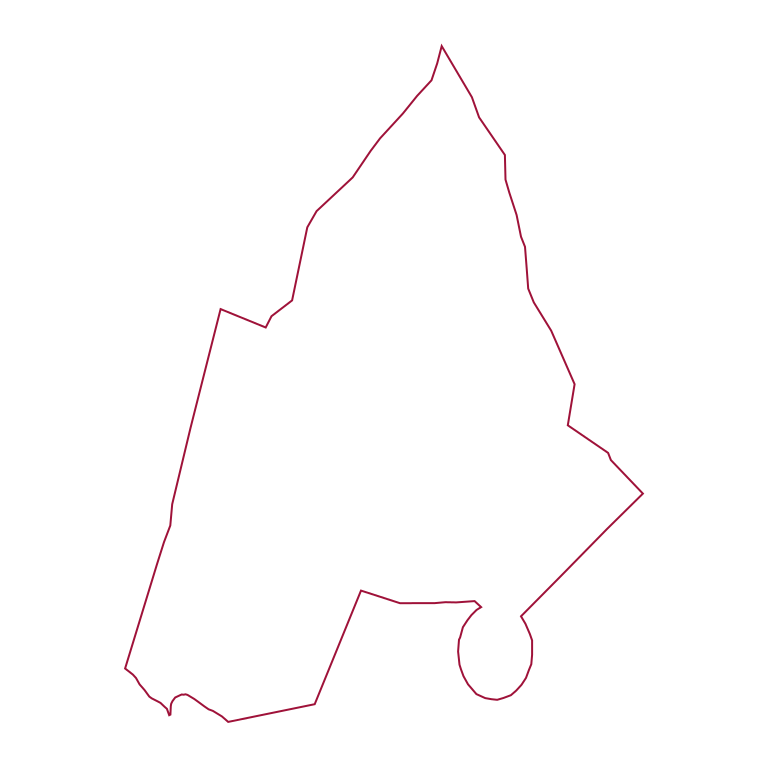 Selibabi, Guidimaka, Mauritania
{"feature_id": "47542326B53880541156854", "entity_name": "Selibabi", "entity_type": "district", "adm_level": 2, "iso_a3": "MRT", "parent_name": "Mauritania", "parent_adm1": "Guidimaka", "projection": "equal_earth", "projection_center": [-12.373, 15.469], "detail": "fine", "context": "isolated", "style": "outline", "palette": "rose", "viewbox_px": 768, "rotation_deg": 0, "n_neighbors": 0, "source": "geoboundaries", "source_scale": "gbopen_adm2", "svg_char_len": 1370}
<svg xmlns="http://www.w3.org/2000/svg" viewBox="0 0 768 768"><path d="M642.9,493.6L610.9,460.1L608.1,452.9L567.8,425.3L574.6,384.2L551.2,330.7L533.8,302.4L528.2,288.6L526.7,268.5L525.0,246.8L521.0,236.7L516.6,215.0L509.3,192.6L505.5,179.6L504.9,155.0L479.1,117.4L471.9,97.2L441.7,46.1L437.2,63.4L431.5,80.3L417.1,95.9L402.9,113.5L380.1,138.3L370.7,150.8L352.7,177.4L316.6,211.1L307.3,227.3L292.1,300.4L271.5,316.2L265.7,327.5L220.6,309.1L193.6,415.7L190.5,428.0L172.2,504.2L170.3,525.5L164.0,542.1L157.0,564.2L125.1,668.5L132.9,674.6L136.0,678.0L139.6,684.4L144.5,690.0L149.3,696.6L151.8,698.4L157.5,701.3L160.5,702.9L164.7,706.9L166.9,708.8L169.2,715.2L170.4,714.6L170.8,706.1L171.2,703.7L172.5,701.1L175.2,697.5L180.1,695.2L181.7,694.5L183.7,694.7L185.5,694.3L187.5,694.9L194.3,699.0L198.3,701.9L204.4,706.4L208.6,709.3L212.9,710.9L221.9,716.4L228.2,721.9L314.7,704.2L361.0,590.6L400.0,603.2L435.0,603.1L445.3,602.2L456.3,602.4L474.6,601.1L481.1,607.1L476.6,609.9L471.4,615.1L467.4,620.3L462.9,627.2L460.1,637.5L459.0,639.7L458.1,651.5L459.5,664.7L461.0,669.4L463.5,676.2L468.0,684.3L476.4,694.1L485.2,698.1L491.5,699.2L497.2,699.8L503.4,698.0L510.9,695.2L516.2,690.6L521.5,684.8L526.0,677.9L529.0,669.8L531.3,664.2L532.1,654.8L532.1,640.4L529.9,634.1L525.4,623.7L521.0,616.3L561.6,575.3L606.8,529.2L642.9,493.6Z" fill="none" stroke="#9f1239" stroke-width="2"/></svg>